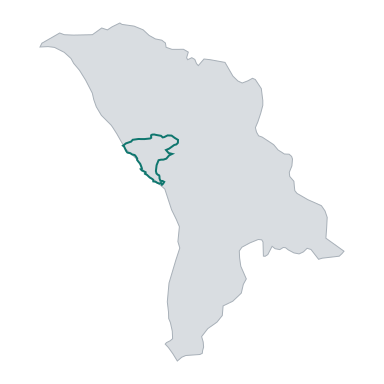 Moldova, with Ungheni highlighted
{"feature_id": "MDA-1623", "entity_name": "Ungheni", "entity_type": "District", "adm_level": 1, "iso_a3": "MDA", "parent_name": "Moldova", "parent_adm1": "", "projection": "equal_earth", "projection_center": [27.914, 47.242], "detail": "fine", "context": "in_parent", "style": "outline", "palette": "teal", "viewbox_px": 384, "rotation_deg": 0, "n_neighbors": 0, "source": "natural_earth", "source_scale": "10m", "svg_char_len": 2884}
<svg xmlns="http://www.w3.org/2000/svg" viewBox="0 0 384 384"><path d="M40.0,47.0L41.9,43.2L59.7,33.0L64.2,34.7L73.5,35.1L92.4,34.7L101.7,28.0L107.4,29.9L112.1,26.8L119.9,23.0L121.0,23.8L122.0,24.4L134.0,26.1L143.1,29.8L149.1,35.4L155.3,38.9L161.8,40.2L165.4,43.0L166.1,47.3L172.1,49.4L183.5,49.3L188.3,52.1L186.6,57.8L187.7,59.7L191.8,57.7L194.8,59.4L196.5,63.6L198.3,65.6L204.0,59.0L210.2,59.7L225.0,62.4L232.9,76.1L237.9,81.0L242.2,83.0L247.7,80.9L252.5,78.3L255.3,79.5L261.3,88.6L262.8,100.5L262.8,105.3L260.7,113.3L257.8,122.0L255.4,127.6L256.5,132.1L258.6,135.8L262.2,137.1L273.7,144.7L278.1,150.0L284.4,154.0L289.1,154.2L291.6,156.4L292.5,159.1L291.9,165.9L289.3,172.3L289.7,176.4L293.9,181.3L294.4,186.9L294.8,190.6L297.0,193.4L307.7,199.6L321.4,205.7L325.0,210.9L327.2,217.4L326.6,228.5L325.9,238.2L344.0,251.2L342.0,253.6L339.2,256.2L322.1,258.2L318.6,259.3L311.0,249.5L307.1,248.3L303.4,251.9L299.1,253.9L293.9,252.9L288.3,249.9L285.5,247.7L283.2,247.5L279.8,249.6L275.1,248.7L272.1,246.3L267.8,254.6L265.1,256.3L263.4,256.1L263.0,242.0L261.7,239.8L258.2,239.5L249.9,242.9L241.9,247.2L239.3,251.0L239.6,258.0L240.8,266.3L246.3,278.9L243.3,284.4L241.3,293.1L232.8,301.2L223.1,305.9L222.3,315.5L217.0,322.1L207.8,328.6L201.6,336.6L203.2,342.0L203.6,347.1L202.6,350.6L202.3,353.3L199.9,354.5L185.8,355.5L181.8,357.2L177.3,361.0L172.9,353.8L168.4,347.5L165.2,344.1L166.5,342.6L170.1,340.8L172.6,338.7L172.3,331.2L170.4,322.6L168.7,318.5L168.5,312.0L167.3,301.9L169.0,283.1L176.0,259.6L179.8,248.0L177.9,241.6L179.4,226.7L176.3,219.4L171.6,209.8L164.8,189.0L156.3,181.7L145.9,173.8L141.5,167.8L138.5,161.2L132.3,154.7L125.2,148.6L116.7,133.6L112.4,126.9L111.0,125.0L101.4,115.4L96.3,106.8L93.8,99.7L92.3,93.1L85.6,80.1L79.5,70.3L73.7,63.4L71.0,58.5L64.2,52.3L54.5,47.4L48.1,46.6L40.0,47.0Z" fill="#d9dde1" stroke="#a8b0b8" stroke-width="1"/><path d="M159.3,183.6L157.4,182.9L155.4,181.7L153.3,181.4L153.2,179.8L152.1,178.9L149.7,177.5L147.0,174.9L146.2,174.4L145.4,174.1L145.0,173.8L145.6,173.0L145.6,172.2L141.8,170.4L140.8,169.2L141.8,168.9L141.9,168.5L141.7,167.8L141.4,166.9L140.2,163.8L138.1,161.3L137.1,159.9L137.2,158.5L135.5,155.9L134.6,155.0L132.4,154.5L131.7,154.2L131.1,153.7L130.2,153.2L127.8,152.7L127.2,152.4L126.1,150.8L124.0,146.4L123.0,145.7L123.7,145.2L125.9,143.4L131.1,141.6L132.7,139.8L138.3,139.0L144.1,139.1L150.1,138.5L151.2,137.8L151.1,135.3L152.2,134.6L154.3,134.5L156.4,135.0L161.0,135.8L162.7,137.4L164.2,137.1L167.6,135.4L171.6,135.6L174.7,137.9L178.0,139.9L177.9,142.8L176.4,144.4L174.2,145.0L169.2,148.6L166.0,150.0L168.6,153.0L172.2,153.9L169.1,155.4L166.4,158.6L163.5,159.6L160.9,159.7L158.6,160.2L156.6,165.2L155.9,171.0L156.5,173.5L157.9,174.8L158.5,175.0L159.2,175.4L159.5,176.8L159.5,178.4L160.4,180.8L162.6,181.0L164.2,181.9L163.0,183.8L161.9,184.8L161.8,184.7L161.0,182.9L159.3,183.6Z" fill="none" stroke="#0f766e" stroke-width="2"/></svg>